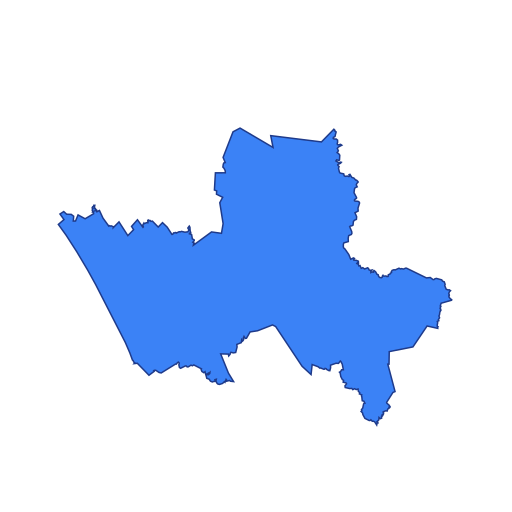 Rosario, Sinaloa, Mexico (orthographic projection), rotated 12°
{"feature_id": "50627088B45198070242199", "entity_name": "Rosario", "entity_type": "district", "adm_level": 2, "iso_a3": "MEX", "parent_name": "Mexico", "parent_adm1": "Sinaloa", "projection": "orthographic", "projection_center": [-105.736, 23.09], "detail": "fine", "context": "isolated", "style": "filled", "palette": "blue", "viewbox_px": 512, "rotation_deg": 12, "n_neighbors": 0, "source": "geoboundaries", "source_scale": "gbopen_adm2", "svg_char_len": 6109}
<svg xmlns="http://www.w3.org/2000/svg" viewBox="0 0 512 512"><g transform="rotate(12 256 256)"><path d="M305.8,115.8L296.3,130.8L245.4,135.2L250.1,146.3L213.8,134.2L207.7,139.3L203.3,166.4L206.5,171.0L205.3,171.5L204.9,172.9L205.1,175.9L206.5,176.9L208.2,179.0L208.7,181.0L199.0,183.1L201.6,200.1L204.0,200.5L204.5,203.8L211.2,205.5L209.5,211.4L217.1,231.2L217.5,241.0L207.5,241.7L192.5,258.5L192.5,257.2L193.0,256.3L191.3,255.7L192.4,253.8L192.1,253.0L190.2,252.5L188.6,248.5L186.2,248.1L186.4,247.4L187.4,246.9L186.3,244.9L185.4,241.6L184.5,240.6L183.5,242.8L185.0,244.5L184.3,246.5L181.5,247.5L178.0,247.4L176.8,248.2L175.8,248.2L173.3,250.1L173.0,249.8L172.1,249.8L171.8,250.3L170.6,250.5L170.0,252.1L169.3,252.4L163.1,246.2L157.6,242.8L154.3,248.0L147.4,243.4L146.0,244.0L145.1,243.3L144.1,243.8L143.5,243.1L142.7,243.6L143.4,245.9L141.9,246.2L140.0,247.6L139.5,247.1L138.8,249.3L139.8,251.0L139.5,251.5L132.5,245.2L128.1,252.9L130.8,255.7L126.4,262.7L114.9,251.1L110.5,257.9L110.4,257.0L107.9,256.6L107.2,257.1L106.0,256.8L105.7,257.3L98.4,250.7L93.4,244.0L91.1,245.9L90.4,245.3L90.9,244.8L90.7,244.3L90.0,244.1L89.3,244.4L89.6,243.6L88.6,242.7L87.8,242.9L87.8,239.9L86.8,240.1L86.9,241.0L86.0,241.8L85.7,242.9L86.4,244.2L86.2,245.2L87.0,245.7L86.9,247.0L88.0,246.7L87.8,247.2L88.4,248.4L81.1,255.1L73.4,252.8L72.2,259.3L70.0,259.8L69.4,255.0L66.6,253.7L62.1,254.5L58.7,252.5L55.5,255.7L60.6,260.3L56.1,266.2L66.0,275.2L79.8,289.1L94.4,304.9L105.2,317.4L146.2,367.8L152.8,377.1L156.8,383.5L157.6,383.8L158.4,385.1L159.7,385.7L159.2,386.6L162.2,385.6L176.1,394.9L180.4,390.0L179.8,389.5L180.2,389.0L181.7,388.6L185.4,390.1L187.6,390.1L199.8,378.4L200.6,378.3L201.3,376.7L202.1,375.9L203.2,376.7L203.2,378.6L204.3,381.0L205.6,381.5L209.8,378.2L210.8,378.1L211.7,378.8L212.8,378.5L215.1,376.3L216.6,376.6L217.8,375.5L226.1,377.7L225.9,378.5L227.1,380.2L229.2,381.0L230.2,379.8L231.5,382.5L232.0,382.5L231.9,381.8L233.1,381.3L233.7,380.4L234.2,380.7L235.1,379.4L235.2,380.5L234.2,382.0L232.3,382.4L231.9,383.1L233.3,385.9L235.7,386.2L237.5,387.9L239.5,388.3L240.9,387.4L242.2,387.2L241.5,385.5L242.8,384.8L242.8,386.6L244.4,388.7L245.4,389.2L247.0,389.2L249.8,387.6L251.2,385.5L251.9,386.0L252.4,382.9L253.1,383.5L253.3,384.6L255.9,383.3L257.1,383.8L260.2,383.5L253.4,376.3L241.8,359.1L249.3,357.7L250.1,359.4L251.1,357.5L251.0,356.6L251.5,355.4L253.9,355.5L256.2,354.6L256.4,348.9L255.6,346.5L259.6,343.8L259.4,340.9L260.6,342.0L261.2,340.7L261.2,340.2L260.6,339.3L261.0,337.2L262.5,338.9L263.8,338.4L266.0,331.5L273.1,328.8L286.5,320.0L289.9,320.9L324.0,354.3L334.5,360.5L333.5,350.5L339.8,351.4L341.7,352.4L342.5,352.1L345.9,352.7L346.7,352.4L346.9,351.6L348.2,351.7L348.8,352.3L351.3,353.0L351.5,352.6L352.1,352.7L352.2,349.8L351.6,347.3L356.5,344.3L359.0,343.9L360.3,341.2L361.0,341.6L362.8,343.8L365.1,349.1L363.4,349.5L362.8,351.4L361.8,352.3L362.7,353.0L364.0,356.3L366.1,358.9L367.5,359.4L367.5,361.3L370.3,361.4L371.0,361.8L371.1,362.4L370.0,364.5L370.6,366.1L375.2,366.2L377.2,365.6L378.5,366.6L379.9,365.3L381.8,365.8L383.5,364.9L384.2,367.0L385.9,368.2L385.8,369.4L388.3,369.8L388.2,370.9L388.7,371.5L390.0,375.5L391.8,375.6L393.1,377.3L392.4,377.5L392.0,378.3L392.0,382.6L391.1,384.3L391.7,385.4L391.1,386.2L392.9,387.4L393.5,388.9L396.3,392.2L401.0,393.4L401.9,393.1L402.4,392.3L404.1,393.5L405.3,393.2L406.5,393.5L409.2,396.2L409.2,395.0L408.5,394.5L410.0,393.9L409.5,393.1L408.8,392.8L410.2,390.8L409.9,388.4L411.4,389.3L412.6,388.5L412.1,386.7L412.9,386.3L413.1,385.6L412.6,386.0L412.3,385.3L413.5,383.8L413.4,382.8L412.8,382.4L412.8,381.9L415.2,380.4L416.5,380.4L416.7,378.3L417.7,377.4L417.5,376.4L418.3,376.4L418.6,375.7L417.3,374.3L414.5,372.7L414.2,372.0L418.3,361.0L420.2,359.7L407.4,334.4L408.6,334.1L406.2,321.8L428.4,312.3L437.9,288.9L448.8,289.0L448.5,288.1L448.8,287.4L448.0,287.2L447.6,285.7L447.6,283.5L446.9,282.3L448.3,281.3L447.6,280.2L448.4,278.3L447.4,276.6L447.7,275.4L447.5,272.6L448.1,270.7L447.6,270.5L447.8,269.6L446.9,268.9L447.3,266.8L446.7,266.7L446.6,266.3L446.9,263.7L456.5,258.6L456.5,258.0L454.9,257.4L453.1,255.8L453.3,254.5L452.8,254.2L453.0,253.4L452.3,252.5L452.7,250.6L453.5,249.5L452.2,248.9L450.8,249.2L449.0,249.0L446.8,245.8L446.9,244.4L445.5,242.1L443.7,241.8L442.6,240.7L437.1,240.4L435.7,241.1L435.2,241.9L434.2,242.3L430.9,240.8L427.3,242.0L405.7,236.6L404.8,236.8L403.0,238.1L400.9,238.1L400.2,238.6L398.4,238.2L395.0,240.7L393.9,240.7L392.2,241.7L391.6,243.1L392.0,244.0L391.0,244.9L390.9,245.7L389.3,246.9L389.5,248.5L388.3,248.9L387.3,248.5L385.3,249.1L384.7,249.1L384.2,248.5L383.8,249.3L383.8,250.6L383.1,251.2L381.5,251.3L380.2,250.5L379.4,248.9L378.1,248.7L376.3,246.6L374.6,245.7L373.8,246.4L374.2,247.4L372.5,247.6L371.8,248.3L371.4,246.9L372.1,245.7L370.7,246.3L369.5,246.1L368.7,244.9L367.7,244.3L364.9,246.1L362.9,245.2L361.5,246.2L359.7,243.7L358.7,244.3L357.7,242.7L356.2,242.4L356.6,241.5L357.7,241.6L357.2,239.8L355.1,239.4L352.5,239.7L352.2,239.1L352.8,237.9L351.7,237.6L349.3,239.5L346.5,235.3L341.5,230.6L340.0,229.8L339.5,228.8L339.0,226.2L339.2,224.9L343.3,222.7L342.5,219.5L342.4,216.8L344.8,215.1L345.1,213.9L344.6,212.3L341.5,207.8L342.1,207.0L343.4,206.6L344.5,205.6L344.1,202.1L344.8,200.6L346.6,199.3L346.3,196.7L343.8,193.1L346.6,190.8L345.8,188.0L346.3,182.6L345.6,181.7L344.4,181.3L341.5,181.7L340.8,181.4L340.7,180.4L342.3,178.6L342.2,177.9L338.7,173.7L338.4,169.6L338.9,168.5L340.6,167.3L339.3,165.6L339.5,164.1L340.5,162.6L340.4,162.1L338.6,160.9L337.7,161.0L335.5,159.4L333.4,159.2L330.9,156.6L330.1,157.1L331.0,158.3L330.4,159.0L328.8,158.8L326.8,159.5L325.6,159.2L324.7,157.4L321.1,157.4L320.1,156.5L318.4,152.9L318.7,151.3L317.0,150.1L316.9,149.6L319.4,147.7L320.0,146.6L319.3,146.5L317.9,147.7L314.4,146.4L314.9,145.1L317.4,145.3L317.7,144.7L317.0,140.0L315.7,138.8L313.8,138.0L314.7,136.0L313.1,133.8L314.0,132.2L316.9,129.8L315.5,129.2L313.4,130.2L312.5,130.1L312.0,129.0L312.2,127.9L311.7,125.7L310.2,124.9L307.9,125.3L307.1,125.0L307.0,123.8L308.1,123.1L308.6,122.1L308.4,121.3L308.6,118.4L308.5,117.9L306.9,117.3L307.0,116.6L305.8,115.8Z" fill="#3b82f6" stroke="#1e3a8a" stroke-width="1.5"/></g></svg>